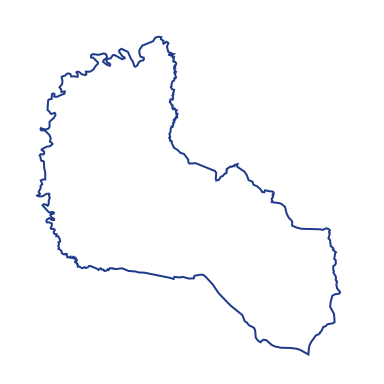 Non Khun, Si Sa Ket, Thailand (orthographic projection), rotated 5°
{"feature_id": "78962969B12242919423404", "entity_name": "Non Khun", "entity_type": "district", "adm_level": 2, "iso_a3": "THA", "parent_name": "Thailand", "parent_adm1": "Si Sa Ket", "projection": "orthographic", "projection_center": [104.683, 14.916], "detail": "fine", "context": "isolated", "style": "outline", "palette": "blue", "viewbox_px": 384, "rotation_deg": 5, "n_neighbors": 0, "source": "geoboundaries", "source_scale": "gbopen_adm2", "svg_char_len": 5832}
<svg xmlns="http://www.w3.org/2000/svg" viewBox="0 0 384 384"><g transform="rotate(5 192 192)"><path d="M322.1,343.7L322.1,336.8L322.6,334.0L323.8,331.0L327.9,324.1L330.6,322.7L331.9,321.2L331.8,320.7L333.3,318.9L334.5,315.0L336.8,314.1L338.4,312.0L344.3,310.3L345.4,309.0L344.1,301.1L339.6,294.2L339.7,289.6L340.8,283.2L343.2,281.5L347.7,280.3L348.3,278.8L345.1,275.6L343.9,272.1L344.2,268.4L343.0,267.5L342.7,263.8L339.9,259.9L340.2,258.2L339.4,257.0L339.3,253.4L340.4,252.7L341.5,250.8L341.1,247.4L339.5,246.2L340.0,240.2L340.7,239.5L337.6,237.5L337.3,237.0L337.9,236.3L337.6,235.7L335.8,234.2L335.0,234.0L333.5,227.4L332.0,226.5L332.9,221.0L332.1,220.5L332.0,219.5L332.8,218.2L331.7,217.2L329.0,216.4L325.6,218.3L322.5,218.0L304.5,219.1L299.2,218.3L294.7,216.8L294.4,212.9L293.1,211.2L290.7,209.3L288.2,205.4L286.0,198.8L282.7,196.4L280.8,195.6L272.3,195.1L272.7,193.8L271.9,192.0L273.1,190.0L272.5,187.9L272.7,187.3L273.5,187.4L273.4,185.5L272.3,184.5L268.7,184.5L265.2,183.9L264.5,184.0L264.1,185.9L262.1,186.0L260.0,183.3L256.3,180.6L252.6,179.4L251.3,176.5L247.3,175.2L245.2,170.6L242.6,167.2L235.0,163.0L234.6,161.9L235.0,160.3L232.3,161.3L232.0,162.5L231.3,162.2L229.3,163.5L228.0,163.3L224.6,166.1L225.0,166.7L224.4,168.1L224.8,168.6L224.6,170.2L223.9,170.8L223.0,170.8L221.3,173.4L219.5,174.2L217.5,177.7L215.1,178.4L214.5,176.8L214.5,170.9L213.1,169.1L193.2,163.0L187.0,163.9L185.8,162.7L185.3,159.9L180.7,154.8L177.1,154.0L173.9,151.3L170.1,149.4L167.3,144.5L167.6,143.5L166.5,142.7L165.6,142.7L165.3,140.4L164.5,140.0L165.4,138.7L164.4,136.0L165.3,134.4L165.3,130.9L165.8,129.3L166.5,129.1L166.2,128.6L166.9,128.6L167.3,127.6L167.5,126.1L167.0,125.3L168.3,123.9L167.6,123.2L167.6,121.4L168.5,121.1L168.3,121.6L169.0,121.6L169.0,119.7L169.6,118.6L170.0,119.2L170.7,119.1L170.4,116.3L169.9,116.0L170.7,115.4L169.1,114.3L169.0,113.0L169.6,111.9L168.7,111.9L167.6,110.5L167.2,111.2L165.5,110.9L165.1,110.1L165.6,109.3L164.8,108.1L165.1,107.4L163.7,106.4L162.7,104.7L162.0,104.4L162.5,101.7L164.2,101.8L164.9,101.3L165.1,100.7L164.5,99.9L164.7,98.1L164.1,97.5L165.0,96.3L164.5,94.9L165.2,93.7L165.2,91.8L163.2,91.4L161.7,89.4L162.5,88.4L162.2,86.6L162.9,83.5L164.4,82.6L164.6,80.2L165.5,80.2L166.1,79.1L164.7,76.0L165.4,74.2L164.1,74.4L164.2,73.8L164.8,73.7L164.8,72.6L163.8,71.8L163.4,70.5L163.4,68.8L164.4,69.4L164.1,67.2L164.9,66.8L165.0,64.9L163.6,63.8L162.4,63.9L161.8,63.4L162.4,61.7L161.8,60.5L162.3,60.0L162.4,59.2L161.0,59.4L160.3,58.0L161.7,56.3L160.8,56.4L159.8,55.7L159.1,57.9L157.2,57.4L158.0,55.3L156.0,54.2L154.4,49.3L155.5,45.7L153.5,44.6L150.7,46.8L150.3,45.9L150.5,43.9L147.7,42.5L147.9,40.4L144.8,40.3L142.0,41.4L140.1,45.2L129.6,50.6L127.4,54.8L127.3,57.6L128.6,61.2L129.5,61.9L132.1,62.3L132.6,63.7L131.8,65.2L129.7,65.7L128.0,67.0L126.3,70.8L124.9,72.1L124.0,72.0L123.4,71.4L122.0,67.7L119.5,64.5L115.9,58.0L109.3,55.5L107.2,57.1L107.2,58.7L111.0,63.0L113.2,63.9L113.2,64.7L110.7,65.8L103.9,62.7L102.3,62.3L101.2,62.6L99.4,65.9L96.3,66.7L95.4,68.0L95.5,69.1L96.7,70.6L98.9,71.2L99.5,72.4L99.3,73.2L98.1,73.3L96.0,72.6L92.2,70.2L92.1,69.3L92.7,68.2L95.3,66.0L95.5,65.2L94.7,62.7L93.5,61.9L92.1,61.7L86.8,63.5L81.0,63.3L79.5,64.7L79.7,66.8L82.0,66.9L87.2,71.3L86.9,72.7L85.2,74.6L83.0,78.7L80.1,81.0L75.8,81.4L76.5,83.8L75.8,84.8L72.1,84.4L69.0,82.2L66.9,82.2L66.4,82.8L67.9,84.8L68.1,86.6L67.8,87.3L64.4,87.0L61.6,87.5L60.6,85.1L58.3,84.6L57.2,85.1L55.7,86.9L52.1,88.6L53.3,93.0L53.2,95.9L50.9,99.2L52.6,101.2L53.2,103.7L56.5,102.9L56.4,105.2L51.7,107.4L50.3,108.5L48.2,109.1L46.3,108.9L46.6,106.5L45.4,105.9L44.2,106.3L43.8,108.8L44.1,111.5L41.1,112.5L40.7,113.5L40.9,122.9L42.9,124.2L43.6,125.5L45.0,126.5L48.3,125.2L49.1,126.1L49.2,127.6L47.8,130.4L44.0,134.4L44.4,139.8L43.5,141.3L40.7,142.6L39.3,142.2L37.6,142.4L36.1,141.4L35.7,142.0L35.7,143.0L36.6,143.8L38.4,143.4L40.5,143.9L44.9,147.5L46.6,150.9L46.0,154.1L47.7,155.0L48.9,156.3L46.7,158.7L43.3,159.5L38.5,162.6L38.6,163.4L41.0,164.4L41.4,166.1L40.8,167.6L38.1,167.4L37.0,168.7L38.0,170.3L38.6,173.2L39.5,174.1L40.9,174.0L41.8,174.9L42.7,181.0L44.1,185.5L44.7,192.3L42.2,192.6L40.3,193.6L42.2,197.2L40.6,199.1L40.9,201.2L39.2,205.3L40.7,207.1L38.1,209.1L39.0,209.6L42.0,209.6L44.0,209.0L47.0,206.6L49.3,206.1L50.1,206.5L49.8,207.9L50.8,210.1L50.0,213.2L50.3,216.1L49.8,218.0L49.2,218.3L47.6,217.2L45.2,217.2L44.2,218.3L51.1,224.6L52.1,224.8L55.0,224.0L56.3,224.7L55.9,225.7L53.1,226.6L52.8,227.2L54.4,229.6L56.9,230.7L56.9,231.9L55.4,232.3L52.2,230.4L49.7,232.2L49.5,233.9L50.0,234.9L52.7,234.7L55.2,235.7L55.3,237.2L54.4,240.5L55.1,241.0L56.6,240.8L58.4,241.3L58.6,242.3L57.7,243.7L57.9,245.0L58.9,245.8L60.8,245.9L60.6,247.9L62.6,247.8L64.2,250.1L65.0,252.7L63.4,253.8L64.1,255.6L63.4,257.3L64.2,258.6L63.9,260.3L65.6,260.9L67.3,262.5L67.6,264.3L69.8,265.3L71.5,264.6L72.7,264.8L72.3,265.9L73.5,267.0L73.5,267.9L75.3,267.9L76.6,267.0L77.0,268.2L78.7,268.1L78.6,267.4L79.3,266.9L79.9,267.9L80.6,267.5L80.6,268.6L81.5,268.9L82.2,268.4L82.5,269.6L83.3,270.0L83.0,270.7L81.6,271.3L81.7,272.1L84.0,273.2L84.1,273.7L83.3,273.5L84.4,274.3L84.7,276.3L85.6,275.9L89.3,277.5L91.8,276.2L93.0,277.0L94.9,276.0L95.9,274.7L97.0,274.5L104.9,277.0L105.6,277.8L107.6,276.0L109.0,277.2L110.5,277.0L111.6,278.3L113.7,277.8L114.6,276.7L115.5,276.9L115.4,276.1L116.1,276.2L117.1,274.9L119.4,275.2L120.2,274.8L120.9,275.4L122.5,275.5L129.0,274.1L135.9,276.2L142.4,276.1L146.2,276.8L151.6,276.5L178.1,279.5L181.2,280.3L181.9,278.1L186.8,278.2L190.5,277.4L196.2,278.5L201.3,277.9L201.7,275.3L206.4,273.9L210.1,273.4L212.7,275.0L220.8,282.4L227.4,290.5L236.7,298.7L240.7,302.0L253.0,310.3L255.7,316.1L258.2,317.4L260.3,319.8L264.9,321.5L266.0,322.4L267.1,324.9L268.2,331.6L270.6,334.2L273.2,335.7L275.8,333.0L278.8,333.1L284.9,337.5L287.9,338.6L294.3,339.4L303.5,338.8L309.8,339.0L313.6,339.9L322.1,343.7Z" fill="none" stroke="#1e3a8a" stroke-width="2"/></g></svg>